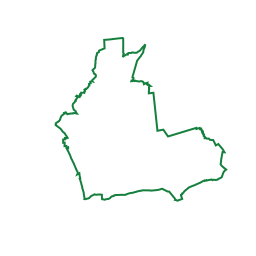 the district of Cañitas de Felipe Pescador, Zacatecas, Mexico, rotated 241°
{"feature_id": "50627088B55005263916135", "entity_name": "Cañitas de Felipe Pescador", "entity_type": "district", "adm_level": 2, "iso_a3": "MEX", "parent_name": "Mexico", "parent_adm1": "Zacatecas", "projection": "natural_earth1", "projection_center": [-102.728, 23.576], "detail": "fine", "context": "isolated", "style": "outline", "palette": "green", "viewbox_px": 256, "rotation_deg": 241, "n_neighbors": 0, "source": "geoboundaries", "source_scale": "gbopen_adm2", "svg_char_len": 5611}
<svg xmlns="http://www.w3.org/2000/svg" viewBox="0 0 256 256"><g transform="rotate(241 128 128)"><path d="M136.2,64.4L134.7,64.2L132.6,64.2L129.6,63.7L128.6,63.5L127.1,63.6L125.2,63.4L123.5,63.4L117.4,62.7L117.3,62.8L116.5,62.6L115.8,62.6L115.0,62.6L113.1,62.5L112.0,61.1L112.0,63.5L109.6,62.5L107.0,61.8L107.1,61.2L105.6,61.0L103.9,60.6L102.7,60.4L101.5,60.0L100.2,59.7L98.5,59.4L97.9,58.9L96.7,58.7L95.5,58.5L93.8,58.1L92.9,57.9L92.3,57.6L90.0,56.7L89.3,56.5L88.7,56.3L87.6,56.0L87.0,55.4L86.4,56.1L86.1,57.6L86.0,58.1L85.8,58.5L85.6,59.6L85.6,60.2L85.7,60.4L85.8,61.2L86.3,62.3L86.4,63.2L86.3,63.4L86.2,65.8L86.3,66.4L86.0,66.8L85.2,67.5L84.4,69.3L83.3,71.5L82.3,72.8L80.6,71.9L80.3,71.8L79.1,71.1L78.4,70.8L78.2,70.9L77.8,71.6L77.4,72.0L76.7,72.6L76.5,73.3L76.5,73.7L75.8,75.8L75.7,76.1L75.4,76.5L75.4,77.3L75.4,77.6L75.4,78.3L75.8,79.5L76.1,80.1L76.0,80.5L76.0,80.8L75.9,81.3L75.6,81.7L75.6,81.9L75.7,82.0L75.6,82.6L75.5,82.8L75.7,83.2L75.6,83.6L75.7,84.0L72.6,90.1L71.7,91.7L71.4,92.2L71.2,92.4L71.1,92.6L70.7,93.9L70.8,94.4L70.6,95.5L70.3,97.1L70.0,98.4L69.2,100.3L68.9,101.3L68.6,102.9L68.2,104.1L68.1,105.1L67.9,105.9L67.5,106.9L67.4,107.7L67.0,108.4L66.9,109.0L66.7,109.2L66.5,110.4L63.1,116.4L62.9,116.9L62.7,117.1L62.2,117.5L60.2,122.0L59.2,124.5L58.8,126.1L58.6,127.2L58.1,128.7L57.5,128.9L53.2,131.9L53.0,132.1L52.7,132.8L52.4,133.2L44.5,134.6L44.2,134.7L42.4,134.8L42.2,134.4L41.5,135.3L40.5,135.9L39.7,141.0L43.2,141.7L43.3,141.6L43.8,141.9L44.0,142.8L44.3,143.3L44.0,143.5L44.5,144.4L44.5,144.8L45.4,146.9L45.5,147.7L45.5,147.9L45.7,148.3L45.8,148.7L45.8,149.0L46.0,149.8L46.0,150.3L46.2,151.4L46.4,151.8L46.5,152.2L46.4,152.3L46.2,155.2L46.0,156.8L45.8,157.5L45.5,161.1L45.1,165.4L45.1,165.7L45.2,165.8L45.2,167.2L45.1,168.6L45.0,169.5L44.5,169.5L44.4,171.3L43.9,171.3L43.7,172.2L43.2,173.9L42.5,175.5L42.6,175.8L41.4,176.7L41.6,177.1L40.8,178.4L40.5,179.0L40.3,179.1L39.9,179.7L39.8,180.2L39.5,181.0L39.4,181.3L39.6,182.0L39.6,183.3L39.5,183.8L39.5,184.6L39.5,186.1L42.1,189.0L42.9,189.9L43.0,190.2L43.7,191.7L44.0,193.7L45.2,193.3L46.4,192.7L46.5,192.7L46.9,192.6L47.2,192.3L47.5,192.3L49.6,191.6L51.3,191.4L53.7,193.2L54.4,193.6L55.4,194.4L56.1,194.8L56.4,195.2L61.1,199.0L60.0,200.6L63.7,200.5L70.2,199.2L70.2,196.4L76.1,196.7L78.0,193.9L79.5,193.6L80.7,191.5L81.9,191.2L81.4,191.0L81.9,190.1L82.5,190.5L82.7,190.8L84.1,190.4L84.2,190.8L85.5,190.7L85.6,191.3L86.3,191.2L86.9,191.0L86.8,190.7L87.5,190.7L87.7,191.5L88.6,191.8L88.8,190.9L89.8,191.3L89.8,191.2L90.9,191.5L91.0,191.2L92.0,191.6L92.2,190.4L93.3,190.7L94.0,187.4L95.0,187.8L101.2,158.9L109.4,158.1L111.3,152.4L146.5,167.3L148.2,163.0L148.5,163.1L148.9,163.4L149.7,163.9L149.9,164.1L150.2,164.2L151.6,165.1L151.8,165.3L151.9,165.5L152.0,165.6L152.6,165.6L153.8,166.3L154.0,166.8L154.0,167.0L154.3,167.4L154.0,167.9L155.9,167.2L156.0,166.2L156.3,166.0L156.8,166.1L157.0,165.9L157.3,166.2L157.3,166.3L158.1,167.0L158.3,166.1L158.7,164.8L158.8,164.1L158.5,164.0L158.5,163.9L158.6,163.6L158.6,163.2L159.4,163.4L160.2,163.7L161.1,163.6L161.7,163.1L162.0,163.0L162.3,162.6L162.6,162.2L162.9,161.4L163.0,161.0L163.3,160.2L165.3,157.7L165.7,157.2L165.8,156.8L166.1,156.9L166.3,156.2L167.3,153.6L167.8,154.1L167.5,155.2L167.7,155.8L168.0,156.2L168.4,156.5L169.0,157.1L170.1,156.4L171.1,157.3L182.4,168.6L184.3,172.9L184.4,173.5L184.8,174.3L185.3,174.9L185.4,175.2L185.7,175.9L187.0,178.2L187.7,178.6L187.9,178.8L188.5,179.2L188.8,179.5L190.4,181.6L191.0,182.2L191.3,182.3L191.7,182.8L192.1,183.2L192.5,183.4L192.8,183.8L192.2,182.2L191.9,181.6L191.6,180.3L191.3,179.3L190.9,178.5L190.5,177.5L190.1,176.4L189.8,175.6L189.9,173.6L189.6,172.7L189.6,172.1L189.9,171.6L190.0,171.3L190.8,169.9L191.6,168.9L192.1,168.3L192.1,167.6L192.1,167.1L192.4,166.6L192.8,166.0L193.3,164.7L193.2,164.5L193.2,163.9L192.3,163.5L192.4,163.2L193.1,162.8L193.0,161.5L192.9,160.8L193.1,160.2L192.9,159.3L192.9,158.8L192.6,157.8L193.8,159.0L194.5,159.5L195.2,160.4L196.2,160.3L204.2,164.8L208.7,167.2L209.3,167.0L210.7,163.8L214.5,154.5L216.6,149.9L216.2,149.7L209.0,146.1L209.7,140.3L208.4,139.2L208.6,137.4L207.2,136.3L207.3,136.2L206.4,135.3L206.2,135.2L205.4,134.2L204.9,133.9L204.2,133.6L203.4,132.9L203.3,132.6L202.6,132.2L202.1,131.9L200.6,131.1L200.4,130.9L199.7,130.4L199.1,129.9L198.7,129.6L198.0,129.4L196.7,128.3L195.8,125.0L195.5,125.0L193.8,125.0L193.1,124.9L192.6,124.7L192.2,124.6L191.4,124.9L191.2,125.2L191.0,125.4L190.5,125.5L190.2,125.6L188.8,125.0L188.4,124.5L188.2,123.9L188.2,123.6L187.7,122.1L187.5,121.1L187.2,119.9L186.8,119.5L185.9,119.6L186.4,119.1L186.5,119.0L186.5,118.5L186.8,117.4L185.2,117.0L185.5,115.3L183.9,114.8L184.0,114.2L183.2,113.1L182.9,112.7L182.6,111.5L182.7,111.0L182.8,109.9L182.3,109.9L182.5,108.4L181.1,108.3L180.4,107.2L180.5,107.1L180.0,106.8L180.3,106.5L180.8,105.4L181.6,104.1L180.5,103.0L180.9,102.6L180.3,101.9L179.5,102.7L178.5,100.7L181.2,98.8L180.9,98.1L179.4,99.4L177.8,95.4L177.0,95.5L176.8,94.5L176.2,93.1L175.9,91.9L175.6,91.4L174.4,90.4L173.6,90.1L172.9,89.9L171.4,89.7L170.5,89.4L168.5,90.2L168.4,90.3L166.7,90.2L165.4,90.3L167.2,88.2L167.4,87.0L167.6,87.0L167.8,86.2L168.6,84.5L169.5,81.6L171.9,81.2L172.2,79.4L171.3,79.3L171.4,78.7L171.3,78.2L170.9,76.1L170.7,75.5L170.3,74.9L169.6,74.0L168.7,73.1L167.9,72.0L167.5,70.6L167.4,70.6L167.2,67.2L166.9,67.0L166.1,66.7L165.9,66.3L165.7,66.4L165.3,66.3L160.9,68.3L159.3,68.8L156.6,69.1L155.3,69.6L154.3,70.0L153.0,70.1L148.6,70.4L148.8,69.2L149.1,69.3L149.9,68.0L148.7,67.3L149.4,65.7L146.5,64.1L145.9,65.5L142.9,63.7L142.2,65.4L140.7,64.6L140.2,66.3L139.0,65.7L139.0,64.5L137.9,64.3L136.2,64.4Z" fill="none" stroke="#15803d" stroke-width="2"/></g></svg>